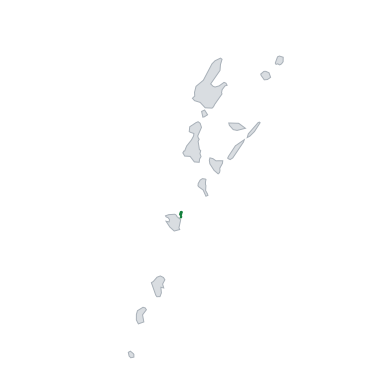 Nguna, Shefa, Vanuatu (highlighted), rotated 46°
{"feature_id": "77236927B53678457839449", "entity_name": "Nguna", "entity_type": "district", "adm_level": 2, "iso_a3": "VUT", "parent_name": "Vanuatu", "parent_adm1": "Shefa", "projection": "orthographic", "projection_center": [168.363, -17.466], "detail": "fine", "context": "in_parent", "style": "filled", "palette": "green", "viewbox_px": 384, "rotation_deg": 46, "n_neighbors": 0, "source": "geoboundaries", "source_scale": "gbopen_adm2", "svg_char_len": 3426}
<svg xmlns="http://www.w3.org/2000/svg" viewBox="0 0 384 384"><g transform="rotate(46 192 192)"><path d="M124.0,87.4L127.2,103.5L130.7,103.4L132.5,102.5L134.5,98.8L135.4,92.8L137.3,92.0L139.6,92.6L138.6,94.5L139.3,99.2L141.1,101.8L142.3,102.3L144.7,114.7L145.6,117.3L145.6,119.3L140.6,124.0L133.2,123.9L128.1,126.7L124.9,126.6L124.9,123.4L122.1,121.0L118.8,115.7L119.5,106.2L113.7,88.6L113.6,84.2L115.5,78.5L117.4,78.2L120.1,83.0L124.0,87.4ZM155.7,149.0L157.9,150.1L159.0,150.1L159.8,152.4L166.5,157.1L168.3,157.0L169.9,159.6L172.8,160.9L173.5,163.5L175.6,166.2L172.0,169.4L165.1,168.6L161.1,172.3L157.5,171.4L156.9,169.4L157.4,168.8L155.2,163.9L154.2,156.3L152.8,151.9L151.2,150.0L147.9,151.7L146.6,152.0L143.5,148.3L144.9,140.9L145.7,138.8L148.2,138.4L152.1,140.3L155.7,149.0ZM245.0,287.7L242.9,290.0L241.0,289.7L229.0,284.2L229.5,282.0L229.0,276.3L230.4,273.1L233.7,271.9L236.3,272.5L237.8,277.1L241.4,279.0L238.9,280.6L243.3,284.1L245.0,287.7ZM204.1,219.4L208.7,226.3L210.5,226.9L207.7,231.9L201.9,232.3L195.0,231.0L197.6,229.3L196.3,227.4L194.2,227.0L191.8,227.9L190.7,227.6L192.2,224.4L196.0,219.9L197.2,219.5L198.2,219.5L199.2,219.9L204.1,219.4ZM197.1,160.6L191.8,161.1L184.2,159.6L181.2,157.5L179.9,155.4L182.5,153.8L186.2,153.1L190.9,148.2L192.5,150.1L194.2,155.5L196.1,157.1L197.2,158.8L197.1,160.6ZM252.0,316.9L249.6,322.2L245.4,320.9L241.5,317.1L239.5,313.7L240.9,307.3L242.9,306.2L245.0,306.6L246.0,312.9L252.0,316.9ZM193.2,142.8L192.4,142.8L191.6,140.6L188.9,128.7L190.7,118.0L191.8,120.3L195.8,139.0L195.2,142.0L193.2,142.8ZM204.1,182.2L205.5,182.9L204.7,184.9L198.3,182.6L193.2,183.5L191.7,183.4L190.2,181.6L189.1,177.9L189.6,175.3L191.8,173.5L192.6,173.2L194.2,175.4L195.7,176.9L197.1,177.6L200.4,181.2L204.1,182.2ZM179.0,116.8L175.8,119.0L170.0,118.8L167.9,117.6L175.0,110.7L183.3,109.3L179.0,116.8ZM163.5,59.6L161.5,62.1L156.2,61.3L154.9,60.6L155.2,56.5L156.5,55.1L159.7,53.8L164.1,55.8L163.5,59.6ZM158.9,42.4L158.2,42.9L157.1,42.5L154.2,36.6L154.9,34.7L158.4,32.8L161.6,36.0L161.9,37.9L161.9,39.4L161.4,40.7L159.3,41.3L158.9,42.4ZM192.0,111.5L191.2,114.5L189.3,111.1L188.0,96.3L188.5,95.0L189.5,94.9L191.9,105.1L192.0,111.5ZM270.4,348.5L268.7,351.2L266.3,351.2L263.1,349.2L263.7,346.9L267.3,346.5L268.4,346.6L270.4,348.5ZM146.5,130.9L145.7,132.2L140.7,129.1L141.8,126.0L147.2,127.1L146.5,130.9Z" fill="#d9dde1" stroke="#a8b0b8" stroke-width="1"/><path d="M198.6,214.4L198.6,214.5L198.8,214.8L198.9,215.0L199.0,215.1L199.0,215.3L199.2,215.5L199.3,215.7L199.3,215.8L199.4,216.0L199.5,216.0L199.8,216.2L199.8,216.3L200.0,216.3L200.2,216.5L200.3,216.5L200.5,216.5L200.8,216.5L201.0,216.6L201.3,216.5L201.3,216.4L201.4,216.5L201.4,216.4L201.3,216.2L201.2,216.0L201.2,215.9L201.1,215.7L200.9,215.5L200.9,215.4L200.8,215.2L200.7,215.1L200.6,214.9L200.4,214.7L200.3,214.4L200.2,214.3L200.1,214.2L199.9,214.0L199.9,213.9L199.9,213.7L199.8,213.4L199.7,213.3L199.7,213.2L199.4,213.0L199.2,213.1L198.9,213.2L198.8,213.3L198.7,213.3L198.6,213.5L198.6,213.8L198.4,213.9L198.4,214.0L198.5,214.2L198.5,214.3L198.6,214.4ZM202.1,217.5L202.3,217.5L202.5,217.5L202.5,217.4L202.7,217.5L202.8,217.5L202.9,217.4L202.8,217.2L202.7,217.0L202.6,216.9L202.4,216.8L202.4,216.7L202.2,216.6L201.9,216.5L201.7,216.5L201.6,216.8L201.8,216.9L201.8,217.0L202.0,217.2L202.0,217.3L202.1,217.5L202.1,217.5ZM202.0,218.4L202.3,218.3L202.3,218.2L202.2,218.0L202.1,218.3L202.0,218.4Z" fill="#22c55e" stroke="#15803d" stroke-width="1.5"/></g></svg>